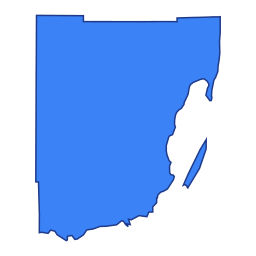 the district of Miami-Dade, Florida, United States of America
{"feature_id": "52423323B12945765623889", "entity_name": "Miami-Dade", "entity_type": "district", "adm_level": 2, "iso_a3": "USA", "parent_name": "United States of America", "parent_adm1": "Florida", "projection": "orthographic", "projection_center": [-80.389, 25.563], "detail": "fine", "context": "isolated", "style": "filled", "palette": "blue", "viewbox_px": 256, "rotation_deg": 0, "n_neighbors": 0, "source": "geoboundaries", "source_scale": "gbopen_adm2", "svg_char_len": 1634}
<svg xmlns="http://www.w3.org/2000/svg" viewBox="0 0 256 256"><path d="M36.5,15.4L36.3,62.5L36.2,74.5L36.1,100.1L35.8,181.9L38.5,181.9L39.4,214.7L39.3,232.7L41.6,232.2L43.6,232.6L48.1,233.3L50.6,230.1L54.9,231.2L57.2,234.8L66.3,240.6L67.3,240.0L67.4,236.2L72.0,235.5L74.8,239.4L77.3,239.0L83.5,234.8L86.8,229.9L93.0,229.0L100.1,226.4L105.6,226.3L106.6,226.2L110.1,225.7L116.6,224.8L121.7,220.7L123.5,221.3L125.8,224.7L128.2,226.6L126.7,223.8L130.2,224.6L128.5,219.2L131.2,219.8L139.1,215.6L146.9,216.7L148.8,212.1L152.8,212.0L152.7,206.8L156.6,202.8L156.7,197.9L157.3,197.9L157.9,194.8L160.9,192.0L163.1,191.4L167.4,189.0L173.4,179.7L174.3,176.6L173.4,175.2L171.0,174.7L169.7,172.9L169.5,166.2L171.0,162.3L169.1,160.7L166.9,154.6L166.3,151.1L166.3,145.5L168.9,136.5L169.7,135.9L169.8,135.8L169.9,135.7L172.5,134.7L175.4,127.0L174.6,124.9L174.6,120.1L175.6,114.7L176.7,112.3L178.8,110.0L181.5,108.2L184.0,104.2L184.1,103.1L184.2,102.5L188.0,94.4L189.4,86.6L190.5,84.6L193.2,82.4L200.9,79.2L204.0,78.8L206.9,80.9L208.5,83.3L209.0,85.2L207.5,88.3L205.9,95.2L209.9,100.7L211.3,100.5L211.9,97.4L211.5,95.7L211.8,90.4L213.9,80.1L215.5,77.5L215.8,76.8L216.7,74.4L217.8,71.6L218.0,66.5L219.2,59.2L219.8,53.0L219.6,44.4L219.5,41.6L220.2,32.7L220.2,16.7L218.7,16.9L212.9,16.9L208.5,17.1L198.7,17.4L193.0,17.5L188.8,17.6L177.0,18.0L177.1,21.7L173.3,21.6L169.4,21.6L157.6,21.6L143.9,21.7L141.9,21.7L83.4,21.6L83.4,15.7L36.5,15.4ZM183.3,185.3L184.4,184.8L185.2,184.8L186.6,185.7L187.3,187.4L187.8,187.9L188.1,187.3L199.5,168.4L206.1,149.1L206.2,139.6L200.3,149.3L188.3,173.8L183.3,185.3Z" fill="#3b82f6" stroke="#1e3a8a" stroke-width="1.5"/></svg>